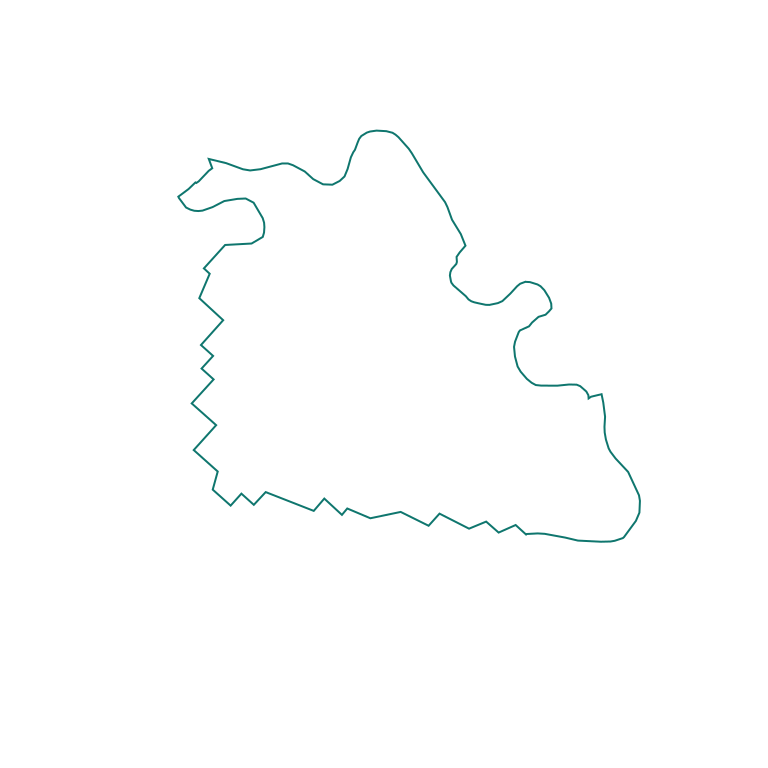 the district of Mississippi, Missouri, United States of America, rotated 312°
{"feature_id": "52423323B58480998069013", "entity_name": "Mississippi", "entity_type": "district", "adm_level": 2, "iso_a3": "USA", "parent_name": "United States of America", "parent_adm1": "Missouri", "projection": "robinson", "projection_center": [-89.235, 36.818], "detail": "fine", "context": "isolated", "style": "outline", "palette": "teal", "viewbox_px": 768, "rotation_deg": 312, "n_neighbors": 0, "source": "geoboundaries", "source_scale": "gbopen_adm2", "svg_char_len": 2218}
<svg xmlns="http://www.w3.org/2000/svg" viewBox="0 0 768 768"><g transform="rotate(312 384 384)"><path d="M190.9,327.4L191.0,351.4L207.1,351.4L207.1,368.1L224.5,368.4L242.7,416.7L258.9,416.3L258.6,440.3L266.9,440.0L275.1,463.7L300.1,482.0L308.5,512.0L324.8,512.0L333.4,544.0L350.1,552.0L350.3,568.6L367.3,576.2L367.2,590.3L368.0,590.4L375.8,598.2L380.2,603.7L391.1,621.4L397.4,632.9L411.9,650.7L418.5,657.7L421.9,660.4L429.3,664.6L430.8,664.8L450.8,662.8L459.3,659.9L468.4,652.4L471.9,648.0L482.0,624.3L483.6,605.9L485.2,597.6L486.5,594.0L491.2,586.1L495.6,580.5L499.7,576.5L507.6,570.2L516.9,559.4L522.0,552.5L513.1,546.4L510.2,545.7L512.4,543.4L513.8,539.4L513.7,531.3L512.4,527.6L507.5,521.9L498.7,513.9L488.0,501.9L484.8,497.5L483.7,492.9L483.4,486.7L484.6,477.3L486.4,471.6L492.1,462.9L498.6,455.8L503.1,453.1L512.7,449.4L514.8,449.2L523.9,453.2L528.7,452.9L537.3,453.9L543.6,457.7L548.3,458.0L552.2,457.9L555.6,454.5L558.5,449.0L561.0,440.4L561.4,435.0L560.7,431.5L557.4,424.3L554.6,420.8L554.6,420.7L549.6,418.1L545.7,417.5L535.6,417.4L524.8,416.5L520.3,414.5L513.3,409.4L510.9,406.6L507.2,400.2L505.1,396.4L503.9,393.5L503.4,390.2L504.0,386.1L503.7,369.7L504.4,366.2L505.3,364.8L508.7,360.4L511.5,358.5L514.8,357.4L521.6,357.4L523.5,356.5L527.0,352.9L532.4,352.2L541.3,352.0L546.8,340.8L551.6,324.6L557.9,312.8L560.0,307.7L567.5,271.5L574.1,250.3L575.4,245.0L577.1,229.6L577.0,225.7L576.4,222.2L573.4,216.5L567.3,208.9L562.3,204.7L559.3,203.0L553.1,201.2L549.6,201.5L545.9,202.8L538.6,205.7L535.6,206.1L530.3,207.7L519.4,213.1L511.8,215.8L505.2,215.2L497.6,212.3L491.6,205.1L488.9,194.3L488.9,182.9L485.7,170.0L483.6,165.0L479.7,160.7L461.0,148.5L453.1,141.6L449.2,135.5L442.5,118.9L434.0,103.2L429.4,112.0L425.2,111.1L410.6,110.7L407.8,110.0L407.6,109.0L398.1,108.3L385.6,105.8L385.0,107.2L382.7,118.8L384.0,123.4L385.8,127.1L388.3,130.3L391.4,133.1L400.7,138.2L413.1,142.9L423.5,151.2L429.3,157.1L431.5,165.8L426.1,182.9L423.6,187.0L420.5,190.2L416.3,193.5L412.2,195.5L399.8,191.6L381.0,172.9L349.4,172.8L349.3,180.7L324.2,189.3L323.8,221.8L290.5,221.9L290.5,238.2L273.4,238.1L273.4,254.3L240.9,254.1L241.1,286.8L207.6,286.8L207.7,319.0L190.9,327.4Z" fill="none" stroke="#0f766e" stroke-width="2"/></g></svg>